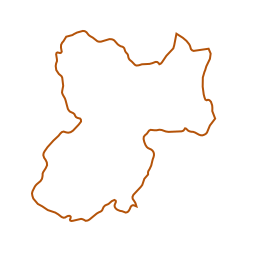 Gifu, Natural Earth projection, rotated 189°
{"feature_id": "JPN-1841", "entity_name": "Gifu", "entity_type": "Prefecture", "adm_level": 1, "iso_a3": "JPN", "parent_name": "Japan", "parent_adm1": "", "projection": "natural_earth1", "projection_center": [137.038, 35.796], "detail": "fine", "context": "isolated", "style": "outline", "palette": "amber", "viewbox_px": 256, "rotation_deg": 189, "n_neighbors": 0, "source": "natural_earth", "source_scale": "10m", "svg_char_len": 3066}
<svg xmlns="http://www.w3.org/2000/svg" viewBox="0 0 256 256"><g transform="rotate(189 128 128)"><path d="M169.5,27.3L170.6,27.6L171.0,28.5L170.7,29.6L170.6,30.6L170.8,31.5L171.8,32.1L173.4,31.8L174.8,30.9L176.0,29.8L177.6,29.3L179.6,29.7L183.4,31.8L186.6,33.1L194.4,34.4L200.4,37.2L205.2,38.9L210.5,43.5L211.8,46.0L212.6,48.4L212.4,50.6L211.0,55.1L210.3,56.7L209.3,58.2L206.1,61.9L205.0,64.4L204.9,66.3L204.9,67.6L205.2,69.6L204.8,71.3L203.0,75.4L202.1,78.6L202.8,81.3L204.4,83.6L206.2,85.5L207.4,87.9L207.4,89.9L206.8,91.8L204.5,96.5L199.7,103.9L195.4,109.4L194.0,111.9L192.7,113.6L191.0,114.4L188.4,114.0L186.3,114.0L184.0,114.9L181.9,116.8L177.3,123.5L175.4,127.0L175.8,128.8L176.7,129.8L179.6,130.1L181.1,130.7L182.2,131.9L183.0,133.2L184.4,134.1L187.9,135.1L189.2,136.1L190.4,137.5L193.9,145.4L194.9,147.3L197.7,150.8L198.7,152.6L198.8,154.5L198.6,159.5L200.8,167.3L201.3,168.1L201.6,168.6L202.3,169.1L204.8,170.6L207.9,174.0L209.1,177.9L209.1,180.4L208.6,183.0L209.0,184.9L210.5,189.5L210.3,191.0L209.5,191.6L206.8,191.4L205.9,191.9L205.4,193.0L206.8,197.0L207.1,199.6L206.4,201.9L205.3,203.7L203.3,208.5L197.4,211.1L196.2,212.2L193.3,214.3L187.8,216.8L185.9,216.9L184.0,216.1L181.3,213.6L179.5,212.7L177.0,211.8L171.8,208.9L170.1,208.7L168.1,209.1L160.2,212.9L157.8,213.1L156.3,212.8L155.2,212.3L151.2,209.0L149.6,208.2L148.1,207.6L146.2,207.4L145.2,207.0L144.2,206.2L142.7,203.3L141.7,202.2L140.5,201.3L139.9,200.7L139.4,199.9L138.7,197.9L138.0,196.6L137.0,195.6L134.5,194.1L131.1,191.5L129.6,191.0L127.9,191.4L127.0,191.7L124.2,193.1L116.7,194.7L114.2,195.8L111.3,197.5L110.3,197.7L109.3,197.7L107.7,196.7L107.0,195.9L105.8,196.6L104.8,198.0L101.4,205.3L95.7,213.7L95.3,216.9L94.9,228.7L88.0,225.7L83.9,223.2L80.6,220.2L79.5,218.6L78.2,215.8L76.9,214.8L75.3,214.4L60.8,218.9L58.0,214.4L57.9,209.1L60.3,201.1L60.8,197.3L61.3,195.2L62.0,189.6L60.7,180.5L58.5,173.1L57.2,170.1L56.0,168.1L54.6,167.7L53.4,168.4L51.9,168.2L50.2,166.9L48.4,163.5L47.8,161.0L47.4,157.9L43.4,150.9L47.5,143.3L49.3,135.8L50.4,134.2L51.8,133.2L53.3,132.4L55.0,132.2L56.8,132.5L61.0,134.0L63.0,134.4L64.9,134.2L66.4,134.3L68.0,134.7L70.6,136.5L71.6,136.6L72.2,135.2L72.9,134.0L74.5,133.1L87.4,130.5L90.2,130.5L94.4,131.3L96.7,131.2L99.5,130.2L101.6,129.9L105.4,129.7L106.8,128.7L108.5,125.3L110.1,123.5L111.0,121.8L110.9,119.6L109.7,116.7L108.1,114.0L106.5,112.2L105.0,111.3L101.8,110.4L100.4,109.6L99.3,108.5L98.5,107.1L98.1,105.3L98.2,103.4L98.7,100.8L99.2,94.5L100.3,90.7L101.1,88.8L101.3,87.5L100.9,85.2L103.9,80.4L105.0,74.0L106.1,71.9L112.2,62.9L112.8,60.6L112.3,58.8L109.7,56.0L108.8,54.8L107.4,51.9L110.4,52.6L111.4,52.4L112.5,51.5L113.1,50.2L113.5,48.4L114.3,46.3L115.3,44.9L117.0,44.1L120.8,44.9L122.9,44.9L125.8,45.6L127.5,46.6L128.6,47.8L129.1,49.0L129.1,50.2L128.4,53.1L128.8,54.3L130.2,54.8L132.6,53.2L135.2,50.1L136.1,49.4L137.5,48.6L138.7,47.7L139.8,46.0L140.2,44.5L140.6,42.9L141.2,41.9L142.1,41.1L143.7,40.1L145.5,38.6L151.8,31.5L153.4,30.3L155.3,29.7L157.1,30.4L158.6,30.8L160.1,30.9L168.0,27.7L169.5,27.3Z" fill="none" stroke="#b45309" stroke-width="2"/></g></svg>